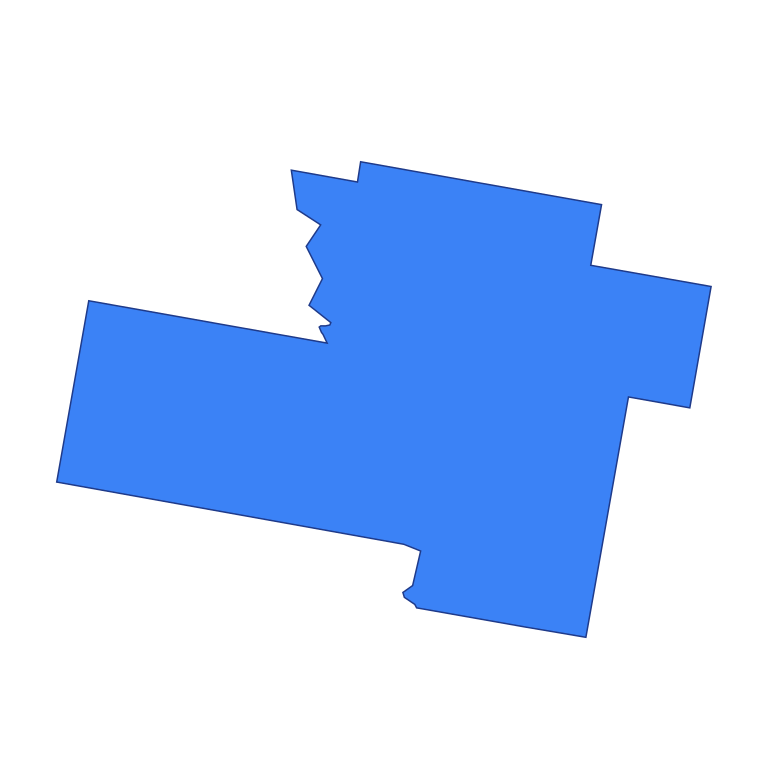 outline of Murray, Oklahoma, United States of America, rotated 10°
{"feature_id": "52423323B72511953258749", "entity_name": "Murray", "entity_type": "district", "adm_level": 2, "iso_a3": "USA", "parent_name": "United States of America", "parent_adm1": "Oklahoma", "projection": "mercator", "projection_center": [-97.077, 34.485], "detail": "fine", "context": "isolated", "style": "filled", "palette": "blue", "viewbox_px": 768, "rotation_deg": 10, "n_neighbors": 0, "source": "geoboundaries", "source_scale": "gbopen_adm2", "svg_char_len": 564}
<svg xmlns="http://www.w3.org/2000/svg" viewBox="0 0 768 768"><g transform="rotate(10 384 384)"><path d="M689.3,354.4L689.2,231.2L567.0,231.2L567.1,169.6L322.4,169.2L322.8,189.7L255.6,189.5L268.1,227.3L294.0,238.3L283.5,262.0L305.1,290.9L296.5,319.5L321.0,332.8L320.4,335.3L316.1,337.0L311.7,337.7L310.3,339.2L313.5,344.1L315.3,345.7L320.9,353.6L78.8,353.3L78.7,537.4L431.2,538.4L449.1,542.1L447.2,577.5L438.8,586.0L441.1,590.6L452.6,595.7L455.0,598.8L565.8,598.8L626.8,598.4L627.0,354.3L689.3,354.4Z" fill="#3b82f6" stroke="#1e3a8a" stroke-width="1.5"/></g></svg>